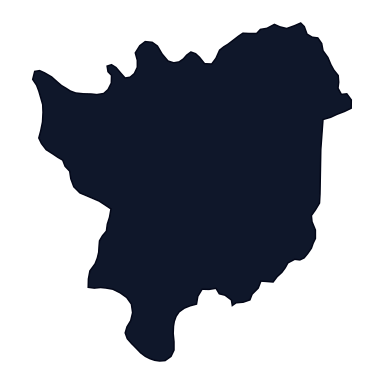 Capinzal, Santa Catarina, Brazil (Mercator projection)
{"feature_id": "56859067B60775282923797", "entity_name": "Capinzal", "entity_type": "district", "adm_level": 2, "iso_a3": "BRA", "parent_name": "Brazil", "parent_adm1": "Santa Catarina", "projection": "mercator", "projection_center": [-51.641, -27.424], "detail": "fine", "context": "isolated", "style": "filled", "palette": "ink", "viewbox_px": 384, "rotation_deg": 0, "n_neighbors": 0, "source": "geoboundaries", "source_scale": "gbopen_adm2", "svg_char_len": 2137}
<svg xmlns="http://www.w3.org/2000/svg" viewBox="0 0 384 384"><path d="M260.4,29.4L256.6,33.5L249.4,33.5L242.9,33.2L238.6,36.1L233.8,39.8L227.9,44.3L223.8,46.8L219.6,50.1L216.0,58.2L211.7,64.0L204.6,63.7L199.5,57.3L195.6,53.7L190.9,52.0L186.7,55.1L183.4,58.9L179.1,61.9L173.7,62.8L168.0,61.0L162.1,54.0L157.4,46.0L152.2,42.3L145.2,41.6L139.8,45.7L135.3,52.9L137.3,60.3L137.3,67.3L134.3,73.6L130.1,77.2L125.1,78.0L121.0,73.4L116.0,67.5L111.5,64.7L107.1,66.1L108.0,71.7L111.5,75.3L111.3,83.1L108.0,89.6L103.7,93.5L96.8,94.6L91.4,94.0L83.5,93.8L75.7,93.0L70.3,91.0L66.1,88.3L61.4,85.5L57.2,81.9L51.6,76.9L44.5,72.8L39.6,70.6L34.7,71.4L32.7,79.4L36.6,85.2L38.8,91.0L40.8,97.9L42.7,104.6L43.0,112.3L42.5,122.0L40.7,130.9L38.8,138.0L41.5,143.6L46.2,149.7L52.8,153.9L58.0,157.4L62.7,160.1L65.1,166.3L69.7,171.2L70.8,178.7L73.8,186.8L79.9,192.9L99.2,201.1L111.0,208.9L109.5,217.3L107.3,224.2L106.4,231.1L102.5,235.7L99.5,240.8L99.0,247.0L98.7,252.3L97.3,258.1L95.1,263.8L89.9,270.9L88.4,279.0L88.2,287.3L94.3,288.1L100.6,287.5L105.8,288.0L112.8,289.2L120.1,292.8L126.7,297.5L131.4,304.1L132.6,312.7L130.7,320.7L127.0,326.8L125.2,332.9L127.3,338.7L131.7,343.7L135.8,347.8L140.7,352.9L145.4,356.4L150.0,358.7L154.7,360.3L159.6,361.0L165.1,360.6L171.0,356.4L174.0,350.1L174.0,341.8L173.2,333.4L173.5,326.2L174.3,321.3L176.1,316.3L179.1,311.9L184.2,308.2L190.1,305.8L196.5,304.1L197.8,296.3L202.1,289.2L209.0,289.4L216.0,288.3L219.3,293.8L225.0,295.2L231.4,300.0L232.3,305.5L236.1,302.8L243.2,302.2L249.9,299.9L252.1,294.2L258.2,288.1L260.9,281.1L265.6,281.4L273.1,282.0L277.1,276.7L281.9,272.3L285.2,267.8L287.9,262.9L294.7,259.3L299.9,259.9L304.1,257.9L307.8,253.4L311.4,248.2L313.1,243.3L315.4,238.5L315.4,230.0L312.0,221.7L311.4,215.5L315.4,209.9L319.5,203.1L320.0,194.0L320.8,149.7L323.0,119.5L330.6,117.3L337.0,114.3L344.4,111.5L351.2,108.2L351.3,99.9L346.8,93.8L341.4,94.4L338.0,88.2L338.7,82.2L338.2,75.5L333.8,70.0L330.9,64.7L327.9,57.5L323.0,50.7L321.7,43.5L317.8,37.9L312.2,37.2L307.0,34.1L304.3,26.6L300.7,23.0L294.5,25.7L286.7,28.5L279.8,26.8L274.4,24.4L267.0,28.3L260.4,29.4Z" fill="#0f172a" stroke="#020617" stroke-width="1.5"/></svg>